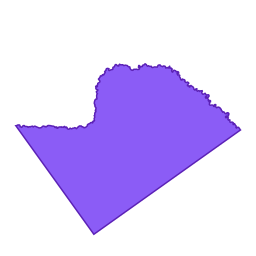 Anelo, Neuquén, Argentina, rotated 144°
{"feature_id": "61730980B32081384015227", "entity_name": "Anelo", "entity_type": "district", "adm_level": 2, "iso_a3": "ARG", "parent_name": "Argentina", "parent_adm1": "Neuquén", "projection": "natural_earth1", "projection_center": [-69.333, -38.186], "detail": "fine", "context": "isolated", "style": "filled", "palette": "violet", "viewbox_px": 256, "rotation_deg": 144, "n_neighbors": 0, "source": "geoboundaries", "source_scale": "gbopen_adm2", "svg_char_len": 5785}
<svg xmlns="http://www.w3.org/2000/svg" viewBox="0 0 256 256"><g transform="rotate(144 128 128)"><path d="M218.1,62.1L38.2,60.3L38.3,60.8L38.1,61.8L38.2,63.5L38.7,64.1L40.2,64.2L40.4,64.6L40.3,65.1L39.6,65.6L39.3,66.4L39.5,67.0L39.3,68.3L39.3,68.9L39.6,69.1L40.2,68.7L40.5,68.7L40.8,69.0L40.6,69.7L39.8,70.4L39.9,70.9L40.3,71.6L40.8,71.9L41.5,72.0L41.9,72.5L41.9,73.2L41.1,74.2L40.9,74.8L41.2,75.0L41.7,75.0L42.0,75.2L42.1,75.6L41.9,76.1L42.0,76.4L41.4,77.0L40.9,77.2L40.9,77.5L41.4,78.5L42.7,78.7L42.8,79.3L42.3,79.9L41.8,79.9L41.2,79.7L40.8,79.1L39.7,78.7L39.4,78.9L39.1,79.9L38.8,80.2L38.1,80.0L37.9,80.7L38.1,81.5L38.5,81.9L39.3,82.1L40.0,81.8L40.6,82.2L40.9,82.7L40.9,84.3L41.2,84.9L42.0,85.1L42.0,86.0L41.9,86.5L42.1,87.2L41.6,88.5L41.9,89.3L41.7,90.0L41.9,90.8L42.8,92.0L44.2,92.2L44.5,92.5L44.6,92.8L44.5,93.5L44.2,94.2L43.3,95.2L43.3,95.4L43.9,95.9L44.3,95.9L44.9,95.4L45.1,94.8L45.7,94.7L46.0,95.2L45.7,96.1L45.9,96.6L46.6,97.3L47.8,97.9L48.2,98.3L48.3,98.7L48.2,99.5L47.4,100.0L47.3,100.5L47.2,100.7L46.5,100.8L45.9,100.7L45.3,101.5L45.4,101.9L45.8,102.2L46.7,102.2L47.0,102.4L47.0,102.7L46.9,103.0L46.2,103.6L46.2,105.4L46.3,105.7L47.4,106.3L47.5,106.5L47.4,107.2L46.9,107.7L46.3,107.7L46.1,107.4L46.1,106.9L45.7,106.1L45.0,105.7L43.9,106.0L43.3,106.8L43.3,107.1L43.4,107.6L45.1,108.6L45.3,109.3L45.2,110.5L45.3,110.8L47.0,111.0L47.6,111.4L47.8,112.2L47.5,113.4L47.2,113.6L46.2,114.1L46.1,114.6L47.4,115.4L47.9,115.6L48.4,115.5L48.6,116.5L48.9,116.7L50.2,117.0L50.3,117.6L50.2,118.2L49.8,118.8L49.3,119.0L49.3,119.3L50.1,119.7L51.4,119.3L51.6,119.4L51.9,120.5L51.4,121.5L51.3,123.4L51.8,124.2L52.1,125.4L52.8,125.5L53.7,124.9L54.2,125.1L54.3,125.5L53.8,126.2L55.0,127.2L54.9,127.5L54.2,128.0L52.6,128.4L52.4,129.0L52.8,130.1L53.2,130.3L54.2,130.6L54.5,131.0L54.7,132.1L54.6,132.5L54.2,132.6L53.9,133.3L54.2,134.2L55.0,134.9L55.0,135.3L55.2,135.6L55.7,135.6L56.1,135.2L56.5,135.4L56.8,135.7L56.7,136.8L56.3,137.6L56.2,138.5L56.3,138.9L56.0,139.6L55.2,140.2L55.3,140.6L55.7,141.2L56.6,141.7L56.4,142.2L56.4,143.0L56.2,143.2L55.6,143.2L54.8,142.6L54.5,142.9L54.3,143.6L54.4,144.0L54.8,144.5L55.9,145.0L55.8,146.2L56.8,147.7L57.7,147.7L58.8,147.0L59.2,147.1L59.3,147.3L59.3,148.0L58.7,149.2L58.2,149.7L57.7,149.6L57.6,149.8L57.8,151.0L58.8,151.6L58.4,152.3L58.1,153.4L58.9,153.4L59.8,152.8L60.1,152.8L60.3,152.9L60.8,154.0L61.6,154.1L62.1,154.3L62.0,155.0L61.7,155.8L61.9,156.5L62.4,156.7L62.8,157.3L64.0,157.4L65.0,159.0L65.1,159.6L65.0,160.2L65.6,160.6L66.2,160.9L66.9,161.0L68.6,160.1L70.6,161.8L72.5,162.4L73.1,163.2L72.9,164.2L74.4,165.2L74.7,166.2L75.2,166.4L75.7,166.4L75.9,166.6L76.1,167.7L75.9,168.3L75.9,168.5L76.4,169.8L77.0,169.9L77.6,169.6L79.2,170.1L80.2,169.3L80.5,169.4L81.1,170.0L81.5,169.9L82.3,170.0L82.5,170.2L82.5,170.5L82.0,171.5L82.1,171.8L82.3,172.1L82.6,172.2L83.1,171.8L83.9,170.8L83.5,169.8L83.7,169.6L83.8,169.2L84.1,169.1L84.7,169.0L86.0,169.8L86.8,170.8L87.7,171.2L88.6,172.0L89.2,172.1L90.0,171.8L90.3,171.9L90.6,172.4L91.2,172.8L91.4,174.1L91.3,174.9L91.2,175.4L90.8,175.8L90.7,176.2L90.7,176.5L91.3,176.8L91.5,177.2L91.8,177.9L91.8,178.7L91.9,179.0L93.3,180.5L94.6,180.9L95.1,182.3L96.7,183.3L97.3,184.5L98.2,184.4L99.0,183.7L99.4,183.9L100.0,184.6L100.1,186.0L100.5,186.5L101.3,186.6L103.1,185.6L103.6,185.6L104.0,185.9L104.3,185.9L104.9,185.6L105.5,184.6L106.3,184.5L107.5,185.1L108.4,185.2L109.4,185.5L109.6,185.8L109.6,186.2L108.6,187.2L109.4,188.2L110.4,188.6L111.2,188.4L111.9,187.6L113.1,187.5L113.8,187.2L113.8,186.4L114.0,186.2L115.0,186.0L116.1,185.3L116.6,185.3L116.8,185.8L117.3,186.1L118.7,185.5L118.9,185.7L119.2,186.1L119.7,186.3L120.6,185.7L121.8,185.2L123.0,185.0L123.3,184.5L123.1,183.8L123.1,182.7L123.5,182.0L124.1,181.7L125.7,181.9L126.3,181.8L126.9,181.0L128.0,180.7L128.1,179.9L128.4,179.6L128.7,179.6L129.0,180.5L129.5,180.7L129.8,180.5L130.1,179.6L130.6,179.2L130.9,178.5L130.8,177.8L130.0,176.7L130.3,176.2L130.7,176.0L132.1,176.1L132.7,174.9L132.6,173.7L133.5,173.4L134.2,172.8L135.1,171.5L135.5,170.9L135.5,170.6L136.1,169.8L136.4,169.8L137.1,170.3L137.6,170.1L138.2,170.1L139.9,168.8L140.8,167.8L140.9,167.4L141.0,166.5L141.4,166.3L141.6,165.2L142.1,164.8L142.1,164.1L142.0,163.4L142.4,162.6L142.9,162.3L143.0,162.0L143.4,161.9L143.5,161.4L144.2,161.3L144.4,160.9L144.3,160.5L144.4,160.1L145.5,159.7L146.0,159.7L147.4,157.9L147.7,157.7L148.0,157.8L148.3,156.9L148.4,156.4L149.9,155.5L150.8,153.7L151.5,153.6L151.9,154.0L152.7,153.9L153.1,153.2L153.6,153.0L153.9,153.3L154.2,153.9L155.2,154.3L156.3,154.1L157.7,154.5L158.8,154.5L159.5,153.7L162.0,153.4L162.7,153.8L163.4,154.0L163.4,154.4L163.8,154.9L163.9,155.6L164.6,156.2L164.6,157.0L164.9,157.1L165.6,158.0L167.3,158.3L167.8,158.0L168.5,158.1L169.9,157.7L170.3,158.1L170.4,158.9L170.9,159.6L172.0,159.7L172.7,160.3L173.9,160.4L174.5,160.9L174.9,161.9L175.3,161.9L176.3,161.7L176.9,162.0L177.2,162.5L177.3,163.1L177.5,163.3L177.4,163.7L177.1,164.0L177.2,164.9L177.6,165.2L178.1,165.1L178.5,165.3L178.4,166.5L178.7,166.7L179.5,166.7L179.8,166.5L180.2,166.7L180.5,167.3L181.4,167.7L181.4,168.3L182.2,168.5L182.9,169.2L183.6,169.3L184.4,169.7L184.7,169.2L185.4,169.4L185.6,170.0L185.3,170.9L185.5,171.1L185.9,171.2L186.5,171.1L186.8,171.5L186.5,172.0L187.3,173.4L188.2,174.1L188.6,174.7L188.9,174.8L189.6,175.8L191.2,177.0L191.7,177.1L192.2,176.9L192.6,177.1L193.7,177.1L193.8,177.6L194.7,178.2L194.9,179.0L195.7,179.5L196.6,179.5L197.7,179.3L198.2,179.4L199.8,180.2L202.2,184.2L202.9,184.5L204.0,184.6L204.2,184.9L204.2,185.6L204.4,185.7L205.7,186.3L206.5,186.4L207.1,187.1L208.4,187.3L208.5,187.5L208.4,188.0L209.2,188.9L210.3,189.7L210.5,190.3L210.4,190.6L210.7,191.2L211.9,191.5L212.8,191.1L213.7,191.1L214.0,191.9L214.5,192.4L214.0,193.5L214.0,194.2L215.3,195.2L217.1,195.5L217.4,195.7L218.1,62.1Z" fill="#8b5cf6" stroke="#5b21b6" stroke-width="1.5"/></g></svg>